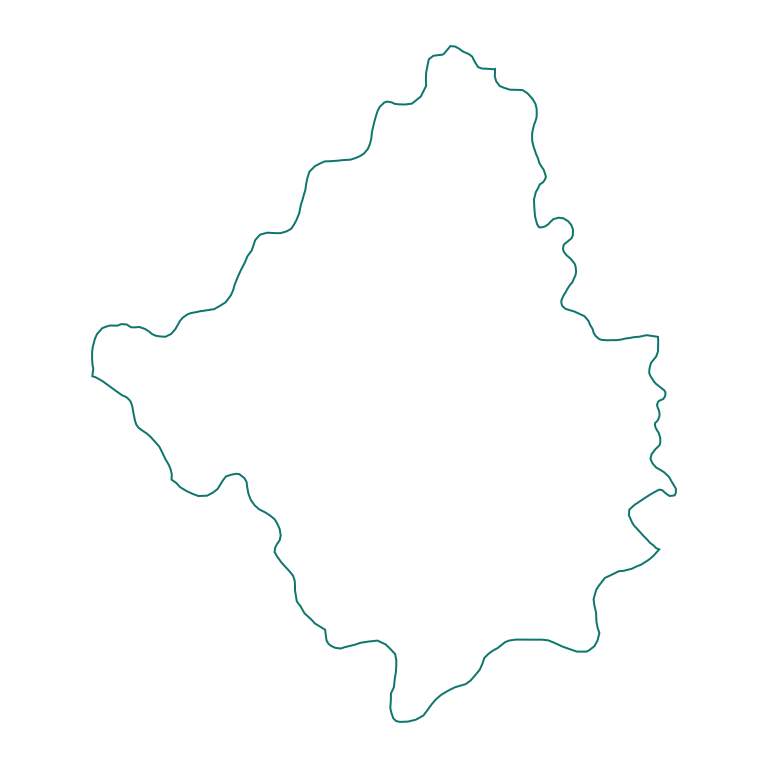 outline of Shumilina, Vitebsk, Belarus
{"feature_id": "67162791B70451788382486", "entity_name": "Shumilina", "entity_type": "district", "adm_level": 2, "iso_a3": "BLR", "parent_name": "Belarus", "parent_adm1": "Vitebsk", "projection": "mercator", "projection_center": [29.497, 55.329], "detail": "fine", "context": "isolated", "style": "outline", "palette": "teal", "viewbox_px": 768, "rotation_deg": 0, "n_neighbors": 0, "source": "geoboundaries", "source_scale": "gbopen_adm2", "svg_char_len": 5370}
<svg xmlns="http://www.w3.org/2000/svg" viewBox="0 0 768 768"><path d="M658.0,336.9L653.8,336.2L646.6,335.2L638.8,336.8L633.6,337.2L629.7,338.0L625.4,338.5L621.5,339.5L617.0,340.1L612.9,340.1L607.8,340.3L601.8,339.9L599.3,339.1L595.6,336.0L593.6,332.7L592.7,329.2L590.3,325.3L588.6,321.2L586.8,318.9L584.3,316.1L574.3,311.5L570.2,310.3L565.6,308.9L562.3,306.0L561.5,303.7L561.3,300.7L563.4,295.7L565.4,292.6L567.1,289.4L570.2,284.6L572.0,282.8L575.5,275.2L576.1,271.7L575.5,266.1L574.5,263.5L570.8,258.9L568.5,256.9L566.3,255.0L563.6,251.4L563.0,248.5L563.8,244.6L567.9,241.3L571.4,238.4L572.8,235.5L573.0,229.6L571.2,224.8L568.1,221.2L563.4,218.3L558.6,217.7L553.5,219.1L551.1,221.2L548.4,224.2L544.9,226.5L541.8,227.3L539.1,227.3L537.1,224.2L535.8,219.5L535.0,216.0L534.6,211.3L534.2,205.5L534.0,199.4L535.8,192.2L538.3,187.7L539.8,184.4L543.0,182.3L544.5,180.3L545.9,177.2L545.5,175.1L543.7,169.8L541.6,166.7L539.3,163.0L537.9,158.1L536.1,154.2L535.0,150.7L533.6,146.8L532.2,141.0L532.1,136.1L532.2,132.6L534.0,124.8L535.4,121.3L536.5,117.6L536.7,114.5L536.7,109.4L535.6,104.3L533.0,99.5L530.3,96.4L527.4,93.2L522.5,90.1L518.8,89.9L510.0,89.7L504.0,87.8L499.7,86.0L496.2,81.3L494.8,76.5L495.0,73.4L495.0,71.2L495.0,69.0L494.2,69.3L489.0,68.9L485.7,68.7L481.8,68.5L478.1,67.1L475.5,63.0L474.2,60.7L472.2,56.6L468.9,54.1L465.6,52.7L462.5,51.3L459.6,49.0L455.1,46.5L450.4,46.1L447.1,50.0L444.2,53.5L442.4,54.7L437.7,55.2L433.3,55.8L428.8,59.3L427.4,66.1L426.1,73.0L425.9,79.6L426.1,86.0L423.7,90.7L420.8,96.5L417.1,99.5L412.0,103.6L405.0,104.5L398.6,104.3L394.5,103.8L391.8,102.4L387.3,101.6L384.4,102.4L379.7,106.9L377.7,110.8L376.0,115.8L374.2,122.3L371.9,132.2L371.3,138.6L369.9,144.1L367.8,149.0L363.9,153.6L359.8,156.2L355.3,158.1L350.3,159.7L343.1,160.1L336.6,160.8L330.2,161.2L324.7,161.4L320.6,163.2L315.0,166.1L309.5,171.6L307.6,177.2L306.4,182.7L305.3,190.1L303.7,195.3L302.5,199.8L300.8,205.1L299.2,213.3L296.5,219.9L294.1,224.4L291.2,228.8L286.5,231.4L280.7,233.1L274.9,233.1L267.1,232.7L260.0,234.7L255.2,240.1L251.7,250.5L247.4,256.3L245.0,262.2L240.8,270.3L237.4,277.8L234.5,285.2L233.2,290.0L231.0,295.1L225.6,302.3L220.7,305.4L214.3,309.1L209.2,309.9L204.1,310.7L199.8,311.3L195.9,312.2L191.1,313.0L187.4,314.4L182.7,317.7L179.8,321.2L177.8,324.9L175.3,329.2L171.2,333.9L165.4,336.8L159.9,336.4L156.0,335.8L152.1,334.1L149.0,331.5L145.1,329.0L139.4,327.0L134.0,327.4L130.9,327.2L126.8,324.5L121.3,324.1L117.2,325.7L110.2,325.5L106.5,326.5L102.2,328.2L97.0,334.1L94.8,339.1L92.9,346.5L92.1,352.0L92.1,358.2L92.5,364.9L93.3,368.7L92.3,376.2L95.7,377.3L102.3,381.0L107.0,384.4L112.6,388.5L117.3,391.9L121.8,395.1L126.4,397.2L128.8,399.3L130.7,401.7L132.4,406.8L133.3,412.4L134.4,417.7L135.0,420.7L136.3,424.6L138.6,427.8L142.7,430.8L146.8,433.5L150.6,436.9L155.5,442.3L159.3,446.6L162.6,453.2L165.3,458.9L168.8,464.9L170.7,469.4L171.8,474.6L171.5,479.6L176.2,482.9L180.2,487.2L186.6,491.1L192.7,493.9L198.4,496.0L207.0,495.7L212.8,492.7L217.6,489.0L222.8,480.5L225.9,476.5L231.3,474.7L235.9,473.8L239.2,474.1L244.4,478.1L246.6,482.0L247.2,487.2L248.4,493.6L250.8,500.0L254.8,505.5L259.3,509.4L265.4,512.5L270.0,515.5L274.6,519.2L277.6,524.3L279.7,529.2L280.7,535.6L279.7,540.2L277.0,544.1L275.2,547.5L274.6,552.0L277.0,556.3L281.6,562.7L285.8,567.3L288.9,570.6L293.1,575.8L294.7,580.7L295.0,585.5L295.0,590.4L295.9,595.6L296.8,601.4L300.7,606.5L304.4,613.2L311.7,619.9L314.7,623.3L320.5,626.9L325.1,629.7L325.7,634.5L326.3,638.8L326.6,640.6L328.4,643.7L330.9,645.8L335.5,647.9L340.9,648.5L344.3,647.3L355.2,644.6L360.4,642.8L368.9,641.5L377.5,640.6L385.4,644.3L388.7,647.3L395.1,654.0L396.3,660.1L396.3,665.9L395.8,672.6L394.8,678.8L393.9,687.2L390.9,693.6L390.9,699.4L390.3,708.2L391.5,713.1L393.3,718.3L396.0,721.0L399.7,721.9L407.9,721.6L415.5,719.8L419.5,717.7L423.4,715.5L426.8,711.0L431.4,704.6L436.2,699.1L440.8,695.1L445.7,692.1L450.2,689.6L455.1,687.2L465.5,684.2L470.3,680.8L474.9,675.6L479.8,669.6L482.5,663.5L484.3,658.0L488.0,654.3L491.0,651.9L494.5,649.7L497.5,648.2L501.0,645.4L505.3,642.0L509.4,640.5L515.7,639.6L524.6,639.6L530.0,639.7L536.1,639.7L542.2,639.7L548.0,640.3L554.4,642.8L562.0,646.4L569.0,648.9L576.9,651.6L582.1,651.6L586.6,651.6L589.4,650.1L594.5,646.1L597.6,640.3L599.4,633.0L597.6,627.8L596.4,621.5L596.1,612.9L594.2,604.4L593.6,599.2L596.1,590.1L598.8,585.8L604.9,577.9L610.1,575.5L618.9,571.2L623.2,570.9L631.7,568.8L635.3,567.0L641.4,564.5L649.0,559.6L653.6,555.7L656.6,552.3L659.2,549.4L656.1,548.1L653.7,545.6L650.0,542.8L647.2,539.6L643.1,535.5L639.1,531.0L633.9,525.4L631.8,521.9L628.9,515.2L629.3,509.6L634.8,504.6L637.3,503.1L641.2,500.4L644.7,498.1L649.8,494.8L656.5,491.0L659.3,489.6L662.3,490.2L664.3,492.1L667.4,494.6L669.7,496.0L672.4,495.7L674.7,495.3L675.9,492.7L675.9,488.7L671.4,481.2L669.2,477.1L664.4,472.5L661.1,470.3L656.1,467.5L652.5,463.3L650.5,458.8L651.7,453.9L652.7,452.8L655.3,449.3L656.8,447.9L659.6,445.1L660.3,442.2L660.3,438.1L658.8,433.0L657.2,430.6L655.8,428.0L655.0,425.6L655.1,423.1L657.6,420.6L659.2,417.0L659.6,414.8L659.2,411.2L657.8,407.9L657.0,404.9L658.0,401.9L659.3,400.7L663.1,399.1L664.6,397.1L665.3,395.4L665.4,392.3L664.2,390.3L661.7,388.3L659.7,386.7L656.3,384.1L654.3,382.0L652.5,379.2L650.2,375.7L649.2,372.8L649.4,369.3L650.1,365.8L651.2,362.7L652.7,360.8L656.2,356.5L658.0,351.4L658.1,346.9L658.2,341.7L658.0,336.9Z" fill="none" stroke="#0f766e" stroke-width="2"/></svg>